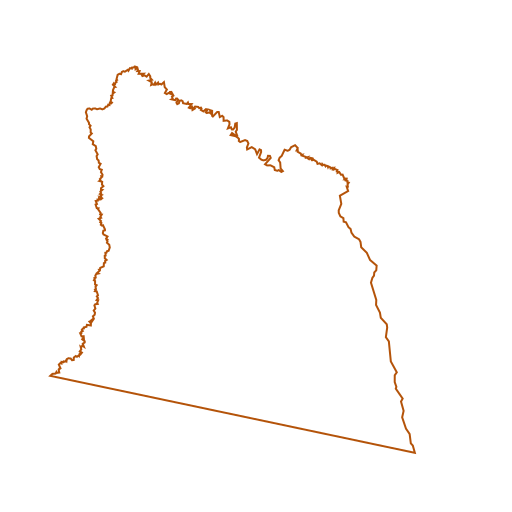 outline of Puerto Gaitán, Meta, Colombia, rotated 102°
{"feature_id": "7082276B98813411003149", "entity_name": "Puerto Gaitán", "entity_type": "district", "adm_level": 2, "iso_a3": "COL", "parent_name": "Colombia", "parent_adm1": "Meta", "projection": "albers", "projection_center": [-71.987, 4.086], "detail": "fine", "context": "isolated", "style": "outline", "palette": "amber", "viewbox_px": 512, "rotation_deg": 102, "n_neighbors": 0, "source": "geoboundaries", "source_scale": "gbopen_adm2", "svg_char_len": 6139}
<svg xmlns="http://www.w3.org/2000/svg" viewBox="0 0 512 512"><g transform="rotate(102 256 256)"><path d="M122.8,335.6L125.5,337.5L124.6,340.3L123.2,339.9L122.3,340.7L123.2,342.3L122.2,343.5L122.5,346.7L123.7,347.4L124.5,346.5L126.4,348.5L123.5,349.6L125.2,351.1L124.9,352.5L120.8,350.6L121.4,353.7L120.0,354.5L121.7,355.4L121.7,359.1L119.9,359.9L119.3,361.3L120.0,363.0L122.7,363.2L123.8,364.6L122.6,365.7L119.3,364.7L118.4,365.9L118.6,366.9L120.4,367.4L120.3,371.2L119.4,370.2L117.7,371.3L116.3,370.1L113.1,372.9L113.4,374.0L115.2,373.0L114.7,375.4L116.2,377.0L115.5,379.0L111.7,377.8L109.8,380.4L105.1,382.2L107.9,384.2L107.5,385.8L108.5,387.2L106.8,387.9L109.1,389.5L107.4,390.7L109.8,391.4L109.5,392.7L110.5,394.1L107.7,394.1L106.7,397.3L105.3,394.4L103.8,396.5L102.2,396.8L100.3,398.7L103.3,400.3L102.5,402.6L103.6,404.5L102.7,405.3L101.1,404.0L102.2,408.7L99.3,408.3L99.8,410.5L98.6,410.1L96.1,411.4L96.0,412.3L97.2,411.5L98.3,412.6L96.0,413.1L96.0,414.2L96.9,414.5L97.5,416.5L98.5,416.4L98.4,418.3L101.3,419.3L100.5,420.1L103.0,422.6L102.8,424.2L103.9,425.5L106.2,425.8L106.1,427.4L107.5,429.0L112.1,429.2L112.7,428.5L113.5,429.3L114.8,428.6L115.3,429.4L117.4,429.6L117.9,430.5L117.0,431.1L118.2,431.6L119.9,428.9L120.2,429.7L123.4,430.4L125.3,429.7L125.5,428.7L126.2,429.3L125.7,430.1L128.7,429.7L129.3,430.9L131.3,429.4L131.7,430.4L135.3,430.3L135.9,428.8L136.8,429.3L136.6,430.8L138.8,430.7L138.7,432.0L140.7,432.4L141.1,433.9L143.3,435.0L144.5,436.8L144.1,439.2L145.5,442.0L145.1,444.0L145.8,446.3L147.1,447.1L146.3,449.6L147.0,451.4L148.5,452.0L150.8,452.3L154.4,450.2L156.9,450.3L160.5,447.0L161.7,446.8L163.0,444.9L164.7,445.6L166.6,444.0L169.6,443.4L170.3,442.1L173.7,444.2L175.2,444.0L177.6,439.0L180.6,438.9L181.8,435.6L184.3,434.5L185.9,435.1L189.5,432.0L191.4,432.7L194.3,431.5L195.3,429.8L197.5,429.1L198.1,427.2L201.8,428.3L203.5,426.9L203.7,424.8L206.2,425.1L208.4,423.0L210.1,422.9L210.2,423.9L211.1,423.4L213.2,424.7L214.2,423.9L215.2,424.8L215.4,421.9L218.2,421.5L219.4,419.8L221.9,421.7L223.5,421.4L223.4,420.2L225.4,421.6L226.6,420.6L227.8,421.5L228.3,419.6L228.9,420.3L230.2,419.8L230.4,420.8L231.5,418.5L232.9,419.6L232.3,421.5L233.4,421.2L233.7,422.7L234.7,422.3L235.5,424.2L238.2,422.4L239.0,423.6L242.3,421.7L242.1,420.0L243.1,420.2L246.2,416.9L247.6,417.1L247.5,415.5L250.2,416.4L250.9,415.5L252.3,417.6L254.0,414.9L255.3,415.4L255.8,414.1L257.7,414.3L258.3,413.0L257.7,412.1L261.3,409.3L262.3,409.1L263.0,410.6L265.4,410.6L266.6,409.7L267.8,405.3L270.1,406.2L270.9,404.8L271.4,405.4L272.5,404.3L274.0,404.6L275.5,401.9L278.1,400.8L281.6,401.3L282.2,402.7L283.9,403.0L284.2,404.0L286.8,403.2L287.3,404.0L289.7,403.4L290.9,401.3L292.2,402.6L293.8,402.1L294.6,403.3L297.8,402.8L300.0,405.9L301.9,405.8L302.1,406.5L302.8,405.8L305.5,407.8L305.9,406.6L306.8,408.5L308.6,409.1L310.4,408.3L311.2,409.5L312.0,408.9L313.4,409.5L313.9,408.2L317.3,407.5L317.7,405.8L319.5,406.6L321.3,405.8L322.2,406.4L322.5,405.7L323.9,406.2L323.8,404.4L327.3,402.4L328.6,403.3L330.0,401.8L332.2,402.7L332.1,401.2L334.9,401.6L335.8,400.9L336.6,403.2L337.9,403.8L340.8,402.2L343.1,403.4L344.9,401.7L347.0,401.6L348.9,403.0L350.8,401.8L352.0,402.8L351.9,401.9L354.3,402.9L353.7,403.8L354.8,405.3L356.4,403.4L358.3,403.1L358.5,407.1L360.5,407.1L361.6,409.5L362.6,409.3L363.1,410.4L364.5,411.0L365.4,409.9L366.5,411.2L367.7,410.8L368.1,411.9L370.9,409.9L370.3,407.9L372.6,407.2L372.3,408.1L373.6,408.7L375.0,405.8L376.2,405.6L377.8,407.2L380.5,405.5L379.8,407.3L381.6,408.0L381.3,408.6L383.7,407.5L385.9,408.5L386.7,406.2L388.1,406.9L387.5,407.5L388.8,407.6L388.6,408.2L390.6,408.3L390.2,408.8L391.8,410.2L391.3,411.5L393.2,413.1L395.6,412.7L396.2,414.3L394.8,415.9L395.0,418.2L396.2,419.6L398.4,419.5L397.9,420.3L399.2,421.0L399.1,422.3L400.0,422.5L400.0,424.2L401.6,423.9L401.4,425.1L403.2,426.3L406.5,423.9L407.2,424.6L407.4,423.9L407.3,425.1L408.3,425.4L410.9,424.2L411.7,426.4L410.9,427.1L412.7,427.6L413.6,430.6L416.0,432.3L415.5,59.7L408.8,63.2L407.1,65.6L398.2,68.7L393.7,73.4L383.4,79.5L376.8,79.4L368.2,83.9L365.0,82.9L356.7,91.7L354.8,91.5L350.5,94.1L343.8,95.5L340.5,94.1L331.1,102.2L311.9,108.3L308.4,112.1L298.7,112.8L295.6,113.9L290.5,121.1L285.6,123.0L278.9,128.4L274.0,129.2L258.2,138.0L253.0,137.6L250.7,136.5L247.5,136.9L245.0,135.4L240.3,136.0L236.2,143.6L229.8,148.3L225.6,154.9L220.5,156.7L218.2,158.7L216.6,163.9L213.3,167.5L209.9,169.1L208.6,171.5L204.3,175.0L204.2,177.4L200.8,178.4L199.7,181.7L196.6,184.0L194.1,184.6L187.3,183.4L179.6,186.5L173.3,179.4L169.2,181.8L169.0,180.6L167.1,181.3L165.1,180.6L165.2,181.8L163.7,182.0L163.5,183.9L162.3,183.5L162.6,185.1L161.6,184.4L161.8,185.8L158.4,188.2L158.9,189.7L156.6,192.0L157.6,193.4L156.6,193.4L156.5,194.5L155.0,194.2L154.5,196.8L155.1,197.7L153.8,197.8L155.1,199.1L153.8,199.5L154.8,201.3L153.8,201.7L153.3,203.8L154.1,204.0L153.1,204.6L153.0,206.2L153.8,206.6L152.5,207.9L153.0,209.4L152.3,210.3L153.5,210.4L152.1,213.1L153.1,215.0L151.1,216.2L149.9,219.6L150.4,220.5L149.7,220.6L150.4,221.5L149.7,222.3L148.7,221.8L148.7,223.5L150.3,224.2L149.4,226.4L148.6,226.0L149.5,227.8L148.7,228.0L148.2,232.1L147.3,231.7L147.7,232.7L146.5,233.5L145.4,236.9L144.0,237.1L144.3,238.2L141.7,237.6L139.5,240.8L142.3,244.3L145.1,245.2L146.5,246.9L146.1,250.1L152.8,251.7L154.9,253.3L157.6,253.8L159.5,251.8L165.3,250.1L167.4,247.4L168.5,248.7L167.2,251.6L168.2,252.8L168.0,255.5L165.4,256.6L164.3,260.7L165.1,264.0L164.4,266.2L157.0,262.0L155.2,263.2L155.5,265.1L157.7,265.1L159.9,266.3L160.9,268.6L160.7,270.7L159.2,273.5L153.2,272.6L151.4,273.1L151.0,274.7L156.1,276.2L151.8,279.0L150.4,282.8L153.6,286.8L151.7,287.5L147.5,286.8L145.3,288.5L144.9,290.8L147.8,295.2L147.1,296.7L145.0,297.0L144.2,298.1L143.1,300.7L143.0,305.9L140.7,305.0L142.3,301.3L141.9,299.6L138.6,301.7L136.6,300.9L130.0,302.4L130.8,303.8L134.8,303.6L137.0,304.7L137.2,306.0L135.3,307.3L137.0,310.0L132.6,309.3L130.3,310.0L129.4,312.4L130.5,315.8L126.9,316.6L125.9,318.2L127.6,320.3L122.9,322.4L123.2,323.9L128.5,327.2L128.0,328.1L123.1,329.1L122.9,331.3L124.6,329.9L126.0,330.0L125.3,331.5L126.4,333.9L125.9,335.0L122.7,333.7L122.8,335.6Z" fill="none" stroke="#b45309" stroke-width="2"/></g></svg>